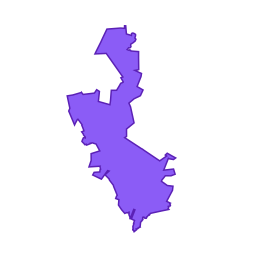 outline of Magdalena, Sonora, Mexico, rotated 22°
{"feature_id": "50627088B62181575538167", "entity_name": "Magdalena", "entity_type": "district", "adm_level": 2, "iso_a3": "MEX", "parent_name": "Mexico", "parent_adm1": "Sonora", "projection": "albers", "projection_center": [-110.948, 30.763], "detail": "fine", "context": "isolated", "style": "filled", "palette": "violet", "viewbox_px": 256, "rotation_deg": 22, "n_neighbors": 0, "source": "geoboundaries", "source_scale": "gbopen_adm2", "svg_char_len": 4623}
<svg xmlns="http://www.w3.org/2000/svg" viewBox="0 0 256 256"><g transform="rotate(22 128 128)"><path d="M83.7,38.1L71.4,44.2L70.8,54.2L70.6,58.7L69.8,68.5L69.6,71.7L79.9,67.0L104.1,82.6L102.6,84.1L106.3,87.0L106.3,87.5L104.5,89.3L104.1,92.4L103.3,97.3L98.4,99.3L101.6,109.4L102.5,113.2L90.6,114.5L87.8,104.8L84.6,104.2L83.8,108.2L73.8,113.7L71.5,112.4L71.5,112.5L64.4,118.1L59.6,121.0L66.7,131.5L66.7,134.5L77.3,145.2L77.4,143.4L77.9,139.0L78.3,138.6L84.1,142.1L84.1,142.7L87.3,146.1L88.2,147.2L86.5,148.9L88.8,150.3L89.2,151.0L91.9,152.5L92.1,153.2L91.0,153.3L90.3,153.9L90.2,156.4L90.3,157.7L91.7,158.4L92.6,158.7L93.2,159.1L94.3,159.6L94.4,159.4L95.4,158.7L95.9,159.4L96.0,159.4L99.2,156.4L98.9,156.2L100.6,155.1L101.0,155.0L101.4,155.1L104.4,154.8L110.4,159.8L103.4,165.6L106.0,171.9L106.4,178.7L116.4,173.9L116.4,174.0L116.5,174.2L116.6,174.4L116.7,174.5L116.8,174.7L117.0,175.1L117.2,175.5L117.5,175.7L118.0,176.6L117.8,176.7L117.8,176.8L117.7,177.1L118.3,179.3L113.2,181.8L112.9,184.8L122.5,185.4L125.1,175.1L126.6,175.0L124.2,180.0L129.8,182.4L129.9,182.9L130.7,183.5L135.8,186.5L136.6,187.6L142.8,194.0L143.2,194.4L142.9,195.5L143.0,198.0L146.4,197.9L148.0,203.0L152.7,206.2L157.0,208.4L157.3,208.0L157.8,207.7L158.2,207.3L158.4,207.1L158.5,207.0L158.7,206.8L158.9,206.8L159.4,206.8L159.7,206.8L160.0,206.7L160.2,206.4L160.1,206.1L160.2,205.9L160.3,205.8L160.4,205.7L160.5,205.6L161.0,206.5L161.1,207.0L161.2,207.5L161.4,208.1L161.5,208.2L161.7,208.4L161.8,208.5L162.0,208.7L162.1,208.8L162.4,209.1L162.6,209.2L162.8,209.3L162.8,209.5L163.0,209.6L163.1,209.8L163.2,210.0L163.3,210.2L163.4,210.3L163.4,210.5L163.5,210.8L163.8,210.9L163.8,211.0L163.7,211.1L163.8,211.3L163.9,211.6L164.0,211.9L163.8,201.3L165.1,201.3L165.2,211.1L168.7,211.3L168.9,214.4L169.3,214.5L169.4,217.3L169.6,217.5L169.6,217.8L169.6,218.0L169.8,218.3L170.0,218.5L170.3,219.0L170.4,219.3L170.3,219.6L170.3,219.8L170.4,220.2L170.4,220.3L170.5,220.5L170.7,220.8L170.8,220.8L171.0,220.8L171.1,220.7L171.3,220.6L171.6,220.9L171.8,220.9L171.9,221.1L172.1,221.5L172.5,221.9L173.4,220.3L174.1,219.0L173.5,218.5L174.2,218.1L174.3,217.9L174.4,217.7L174.5,217.7L174.8,217.5L174.8,217.4L174.8,217.2L175.0,217.2L175.1,216.9L175.1,216.7L175.3,216.5L175.4,216.4L175.5,216.4L175.6,216.2L175.7,215.9L175.8,215.8L175.7,215.8L175.7,215.7L175.8,215.7L176.0,215.5L176.1,215.3L176.3,215.3L176.3,215.2L175.0,210.7L175.1,210.3L175.2,210.1L175.3,209.9L175.3,209.3L175.5,209.1L175.7,208.9L175.7,208.1L175.9,207.9L175.9,207.7L176.0,207.6L176.1,207.4L175.9,207.3L175.7,207.2L175.7,206.9L175.6,206.6L175.4,206.1L175.2,205.8L175.2,205.7L175.3,205.4L175.2,205.2L175.3,205.0L175.4,204.9L176.0,204.9L176.4,204.8L176.4,205.0L176.5,205.1L176.8,205.2L177.2,205.3L177.3,205.3L177.6,205.3L177.7,205.2L177.8,205.2L178.0,205.1L178.3,205.1L178.5,205.0L178.7,204.9L178.8,204.8L178.8,204.7L178.8,204.3L178.8,204.1L178.9,203.9L178.9,203.7L178.8,203.4L178.7,203.4L178.8,203.1L178.9,202.9L179.0,202.8L179.1,202.6L179.2,202.4L179.3,202.2L179.4,201.9L179.5,201.7L179.6,201.4L179.6,201.2L180.0,201.0L180.0,200.9L180.0,200.7L180.2,200.8L180.3,200.8L180.5,200.7L180.7,198.8L190.2,192.3L196.4,188.2L195.3,187.6L195.5,186.5L194.7,185.6L196.3,184.5L196.3,183.7L195.0,182.5L195.4,181.8L191.3,181.5L192.6,169.1L191.5,165.1L186.0,166.6L179.0,164.9L178.9,163.7L180.5,158.3L185.8,156.2L189.0,153.2L185.6,149.0L176.9,153.7L176.8,141.0L177.8,141.1L182.0,140.2L183.4,137.9L179.1,137.4L173.8,136.7L172.7,139.1L174.3,139.5L169.7,146.6L150.8,142.6L149.7,142.3L149.4,142.2L147.6,142.0L128.5,138.2L129.8,136.3L127.0,129.5L131.7,121.0L122.4,107.4L119.5,104.6L122.7,98.6L127.4,93.4L127.7,87.1L120.9,86.2L120.8,75.5L120.1,72.4L117.6,72.3L112.8,72.0L116.1,69.9L111.4,58.7L109.2,53.2L101.9,55.5L101.3,55.0L100.3,54.9L100.0,55.6L97.8,55.6L98.5,53.3L99.1,53.2L99.5,53.1L99.8,52.8L100.1,52.4L100.2,51.9L100.2,51.6L100.2,51.3L100.1,51.0L99.9,50.9L99.6,50.7L99.5,50.4L99.4,50.1L99.3,49.7L99.2,49.4L99.2,49.1L99.3,48.9L99.5,48.7L99.9,48.3L100.1,47.9L100.3,47.7L100.5,47.4L100.8,47.0L101.0,46.7L101.1,46.4L101.4,45.9L101.5,45.6L101.8,45.3L101.9,45.1L102.0,45.0L102.0,44.8L101.9,44.6L101.9,44.4L101.9,44.1L102.0,43.9L102.0,43.7L102.1,43.4L102.2,43.2L102.1,42.9L102.0,42.7L101.9,42.6L101.7,42.5L101.5,42.3L101.3,42.2L101.1,42.1L100.7,42.0L100.7,41.7L100.5,41.2L100.5,40.5L100.5,39.9L100.4,39.6L100.3,39.4L100.3,39.2L100.2,39.0L100.1,38.7L99.9,38.4L99.6,38.4L99.4,38.3L99.1,38.2L98.9,38.1L98.6,38.1L98.2,38.1L97.8,38.0L97.6,38.1L97.3,38.1L96.6,38.3L96.4,38.4L96.3,38.6L96.2,38.7L96.0,39.0L95.9,39.2L96.5,40.9L91.3,41.4L87.6,34.1L86.5,34.5L87.4,36.9L83.7,38.1Z" fill="#8b5cf6" stroke="#5b21b6" stroke-width="1.5"/></g></svg>